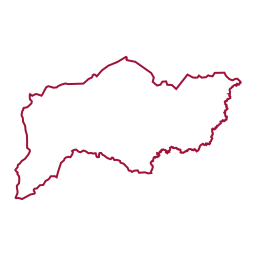 outline of Mariscala, Lavalleja, Uruguay
{"feature_id": "84410073B78906146937991", "entity_name": "Mariscala", "entity_type": "district", "adm_level": 2, "iso_a3": "URY", "parent_name": "Uruguay", "parent_adm1": "Lavalleja", "projection": "equal_earth", "projection_center": [-54.667, -34.01], "detail": "fine", "context": "isolated", "style": "outline", "palette": "rose", "viewbox_px": 256, "rotation_deg": 0, "n_neighbors": 0, "source": "geoboundaries", "source_scale": "gbopen_adm2", "svg_char_len": 5812}
<svg xmlns="http://www.w3.org/2000/svg" viewBox="0 0 256 256"><path d="M151.3,173.0L151.2,172.7L151.1,171.3L151.8,170.1L151.9,169.5L152.2,169.2L152.8,167.1L152.7,166.1L152.3,165.7L152.3,165.3L151.7,165.0L150.8,163.8L150.7,163.2L150.8,162.5L151.1,161.9L151.6,161.8L151.8,161.5L152.1,161.4L152.1,161.2L152.2,160.9L153.1,160.8L153.0,160.3L153.3,159.6L153.3,159.0L153.7,158.1L153.7,157.7L154.1,157.2L155.1,156.9L155.3,157.0L155.2,157.2L155.4,157.5L156.3,156.7L157.1,157.1L157.4,156.9L157.3,156.7L157.5,156.6L158.0,156.7L158.6,156.5L158.7,155.6L159.1,155.4L159.4,155.2L158.7,154.3L158.0,154.6L157.2,154.1L157.1,153.4L157.1,153.1L157.8,153.3L159.0,153.1L159.6,152.6L159.7,151.7L159.9,151.6L160.2,151.6L160.2,151.9L160.4,152.0L160.8,152.1L161.1,151.7L160.9,150.9L161.5,149.9L161.9,150.2L162.3,150.2L163.1,149.4L164.4,150.0L165.4,150.0L166.1,151.1L166.0,151.6L166.4,151.5L166.6,151.8L166.4,152.1L166.0,152.2L166.0,152.4L166.4,152.7L167.0,152.5L167.1,153.1L167.4,153.3L167.6,153.1L167.7,152.6L168.0,152.2L169.1,151.9L168.8,151.5L168.3,151.3L168.1,151.0L168.3,150.9L169.2,151.1L169.5,150.8L169.9,150.1L169.9,149.5L170.1,149.2L170.1,148.9L170.5,148.0L170.2,147.7L171.5,146.8L172.3,147.2L173.0,147.2L173.2,147.6L173.1,147.9L174.0,148.2L176.0,147.8L176.4,147.8L176.7,148.2L176.9,148.7L177.3,148.7L177.5,149.0L177.9,149.0L177.9,149.3L178.4,149.6L180.1,149.5L180.5,149.9L180.4,150.7L180.9,151.8L180.6,152.4L181.4,152.8L182.2,152.6L183.2,152.8L183.5,152.4L184.2,152.3L184.8,152.0L185.5,151.1L187.3,151.1L187.5,150.7L187.2,150.4L187.3,150.1L188.1,150.0L188.5,149.3L189.5,149.0L191.7,149.4L191.8,149.9L192.1,150.1L193.0,149.9L193.4,150.1L193.6,149.9L193.8,150.1L194.2,149.7L194.4,149.2L194.7,149.1L195.0,149.7L195.2,149.8L195.5,149.8L195.9,150.2L195.9,150.5L196.5,151.4L198.4,150.3L198.7,149.3L199.2,148.9L199.1,148.2L199.6,147.4L199.8,146.2L200.9,145.0L202.3,144.4L202.5,143.8L203.1,143.9L203.2,144.2L204.1,144.9L204.4,144.6L205.5,144.9L206.0,144.7L206.0,144.3L206.3,144.6L206.4,144.2L206.6,144.2L206.5,143.9L207.0,143.5L207.3,143.9L207.7,143.8L209.3,144.3L209.6,143.8L209.9,143.6L209.7,142.9L209.7,142.6L210.0,142.6L209.9,142.1L211.1,141.1L211.2,140.5L211.5,139.7L212.2,138.7L212.3,138.4L212.0,137.9L211.3,137.3L211.3,136.4L212.2,135.7L212.1,135.2L212.7,134.5L212.9,133.8L212.7,133.2L212.4,132.4L212.5,132.2L212.2,131.6L212.1,131.0L212.2,130.5L212.1,129.4L212.3,128.9L212.7,128.6L213.6,128.9L214.0,129.4L214.9,129.2L215.6,128.6L215.7,128.4L215.4,127.4L215.8,127.2L216.7,127.4L216.9,127.1L217.1,125.7L218.1,125.7L218.7,125.1L219.2,124.3L219.7,124.1L220.8,123.3L220.5,121.9L220.5,121.6L221.3,121.5L221.7,121.2L222.4,121.4L222.8,121.1L222.6,120.4L222.8,120.2L223.6,120.7L223.6,121.1L223.8,121.2L224.3,120.9L224.2,120.4L224.3,120.3L224.5,120.3L224.5,120.7L224.7,120.9L225.3,120.4L225.7,119.4L226.0,119.3L226.5,119.5L226.6,119.3L226.7,118.4L226.6,118.1L227.0,116.9L226.8,116.5L225.8,116.7L225.5,116.3L225.1,114.5L225.2,113.1L224.9,113.1L224.8,112.9L224.6,113.1L224.4,113.0L224.2,112.7L225.1,111.2L225.2,110.5L225.9,110.5L226.4,109.5L227.3,109.2L227.5,109.0L227.5,108.4L226.2,107.0L226.2,106.9L226.5,106.6L226.3,106.4L226.7,105.7L226.4,105.1L226.4,104.7L225.9,104.5L225.6,104.6L225.3,104.3L225.2,103.9L225.1,102.5L224.8,102.0L224.8,101.7L225.5,101.0L226.6,101.1L226.9,100.9L227.2,99.3L227.4,99.1L227.7,98.9L228.1,99.1L228.5,98.9L228.7,99.0L229.7,98.2L230.2,98.1L230.1,97.7L230.3,97.0L230.3,96.6L229.9,96.2L229.4,96.1L229.3,95.6L229.8,95.0L229.8,94.7L229.3,94.6L229.3,94.0L229.1,93.9L229.8,93.7L230.0,92.6L230.1,91.7L229.7,90.8L229.6,90.1L229.7,89.4L229.9,88.9L231.3,88.0L232.1,86.9L232.4,87.0L232.9,86.7L233.2,85.9L234.4,85.1L235.5,84.9L235.9,85.0L236.1,85.7L236.2,85.8L236.4,85.8L236.8,85.3L236.6,84.5L236.8,83.8L237.5,83.8L237.8,84.5L238.1,84.7L238.9,84.6L238.9,84.4L239.9,83.4L239.9,82.9L240.6,82.7L240.6,81.9L237.3,78.7L235.3,78.9L232.5,80.3L229.5,79.2L226.1,76.0L224.4,72.7L214.7,72.9L212.6,76.3L209.6,75.9L208.2,75.3L206.0,77.2L201.7,77.6L198.9,75.6L197.6,77.5L195.1,77.7L192.9,77.5L187.5,74.6L176.2,89.0L171.9,85.0L167.3,84.8L166.1,81.4L162.3,81.7L160.5,84.7L157.1,85.5L152.7,81.8L153.8,77.5L151.2,73.0L135.3,61.8L126.8,60.1L126.4,59.2L126.8,58.1L126.7,57.4L125.9,56.9L117.6,61.9L108.5,65.6L102.0,70.3L96.8,76.3L95.2,74.8L93.7,74.5L92.7,75.2L92.5,76.4L91.7,77.6L88.7,78.9L83.4,83.6L68.2,84.1L65.4,83.5L61.8,84.5L58.3,86.0L56.7,87.4L53.4,87.7L50.7,86.8L48.2,86.2L46.1,87.4L42.5,94.3L41.5,95.7L38.7,94.7L36.0,94.0L33.5,95.1L32.3,95.8L30.1,94.2L29.7,95.2L29.8,97.0L29.8,98.5L30.1,99.6L31.4,100.6L31.8,101.6L31.4,103.4L28.5,106.2L27.0,107.3L25.3,107.7L24.0,107.8L23.2,108.6L23.3,109.6L22.3,111.1L21.6,114.8L21.8,116.1L22.6,117.4L22.9,118.9L23.0,121.6L25.1,125.6L25.6,130.5L26.9,135.0L27.1,140.5L27.1,147.8L29.7,149.9L29.9,151.4L28.3,154.7L24.9,158.9L21.7,161.0L19.9,163.5L17.9,164.9L17.6,167.2L15.4,169.7L15.5,170.5L17.0,172.0L17.7,172.5L17.3,173.8L19.1,176.5L19.3,179.6L19.0,183.3L16.9,185.7L16.9,187.8L17.5,191.0L17.5,193.2L16.2,196.2L15.6,197.8L16.1,198.2L17.3,198.0L19.6,198.2L22.0,199.1L30.4,194.5L34.0,193.8L34.8,193.2L34.6,191.9L33.9,191.0L33.7,190.1L34.0,189.3L34.8,188.7L37.0,188.4L39.8,185.3L43.3,184.9L45.5,181.0L48.0,179.7L49.2,178.7L50.7,176.3L54.9,176.2L56.6,177.3L58.3,171.1L61.0,162.9L64.0,160.3L64.6,158.6L66.0,157.5L68.2,156.8L70.4,157.2L72.4,154.1L72.9,152.0L72.1,151.0L73.6,150.1L76.2,149.6L78.6,151.7L80.5,152.2L83.5,150.5L85.5,151.2L87.4,152.4L88.4,153.3L91.1,152.9L93.2,153.6L95.6,153.2L96.2,155.1L96.5,156.5L97.3,157.2L98.9,157.0L99.1,154.2L99.5,153.1L101.1,152.9L102.6,154.9L104.5,155.7L105.9,157.0L108.1,158.4L110.6,159.2L111.4,158.6L111.7,157.7L112.5,157.6L113.1,157.9L114.3,160.0L117.3,159.9L120.0,160.9L120.4,162.6L123.6,163.7L127.7,167.9L128.7,170.5L130.5,170.7L132.1,171.9L134.3,170.7L137.7,170.4L139.1,172.8L144.7,172.3L148.4,173.4L151.3,173.0Z" fill="none" stroke="#9f1239" stroke-width="2"/></svg>